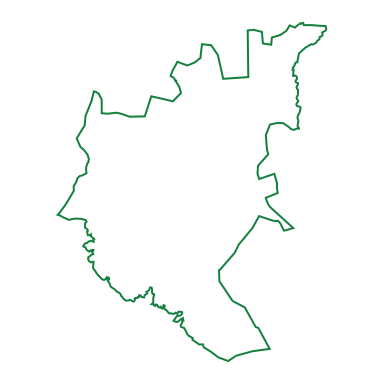 outline of Rano, Kano, Nigeria
{"feature_id": "59680162B88243538379460", "entity_name": "Rano", "entity_type": "district", "adm_level": 2, "iso_a3": "NGA", "parent_name": "Nigeria", "parent_adm1": "Kano", "projection": "natural_earth1", "projection_center": [8.548, 11.488], "detail": "fine", "context": "isolated", "style": "outline", "palette": "green", "viewbox_px": 384, "rotation_deg": 0, "n_neighbors": 0, "source": "geoboundaries", "source_scale": "gbopen_adm2", "svg_char_len": 5013}
<svg xmlns="http://www.w3.org/2000/svg" viewBox="0 0 384 384"><path d="M269.7,348.9L258.3,327.9L255.7,327.0L244.8,307.4L239.7,304.7L232.6,301.0L219.4,281.3L219.0,270.2L220.1,269.6L234.7,252.8L238.9,244.3L239.0,244.3L252.4,228.1L259.1,216.1L271.2,220.1L275.3,221.2L277.9,220.8L278.0,220.8L280.5,223.6L281.9,226.7L284.1,230.7L293.3,228.1L269.8,206.8L267.4,202.6L265.8,197.8L277.8,192.9L277.0,188.5L277.0,183.1L274.3,173.8L259.2,179.0L257.5,173.8L258.1,165.6L258.3,165.4L261.8,161.5L262.9,160.3L268.2,154.3L267.0,149.6L265.8,135.0L270.1,124.5L277.0,123.0L283.3,123.2L289.0,127.1L290.8,128.9L293.5,129.9L297.0,128.6L299.0,128.6L299.0,128.2L298.0,126.9L297.6,126.0L297.6,125.4L297.7,124.7L297.9,124.0L298.3,122.2L298.3,120.7L298.0,119.6L297.8,118.8L297.6,118.5L297.5,118.1L297.6,117.2L297.7,116.2L297.9,115.5L298.3,115.0L298.5,114.3L299.2,113.4L299.4,112.9L299.7,111.7L300.0,111.1L300.4,109.3L300.6,107.6L300.4,107.2L299.4,106.6L298.1,106.3L296.9,105.9L296.6,105.5L296.5,104.8L296.4,104.3L296.6,103.6L297.1,102.9L297.3,102.5L298.3,101.3L297.8,100.3L297.6,99.7L297.2,99.3L296.9,99.0L296.7,98.3L296.6,97.8L296.7,97.3L296.8,96.9L297.2,96.4L297.5,95.6L297.9,95.1L297.9,93.6L298.0,92.0L298.1,90.6L297.8,89.6L297.2,89.1L296.7,88.0L296.6,87.3L296.8,86.5L297.2,85.8L297.8,84.9L298.0,83.8L298.0,83.2L297.7,83.0L297.2,82.9L296.2,82.4L295.8,82.2L295.7,81.6L295.6,80.6L296.0,80.1L296.5,79.7L296.8,79.1L297.0,78.6L296.8,77.0L295.8,75.8L295.1,75.6L293.8,76.0L293.1,75.9L293.0,75.4L293.1,74.8L293.3,74.2L293.4,73.8L293.3,72.8L293.2,72.2L293.5,71.1L293.5,70.6L293.6,69.6L292.7,69.7L292.9,69.1L292.9,68.5L292.9,67.6L293.4,67.0L293.8,66.4L294.3,66.0L294.5,65.6L294.7,64.7L294.8,64.2L295.2,63.6L295.4,62.9L296.1,62.4L296.8,62.2L297.3,62.3L297.6,60.2L299.0,53.4L305.3,47.7L310.5,44.7L311.3,44.2L312.4,44.5L313.3,44.4L314.5,43.7L315.1,43.3L315.9,42.8L316.3,42.4L317.2,40.7L317.9,40.3L319.2,39.4L319.6,38.6L319.6,37.1L320.2,36.8L320.8,36.6L321.9,35.9L322.4,35.4L322.5,34.8L322.6,33.6L322.2,32.5L323.7,31.5L324.8,31.2L325.7,30.4L326.3,28.9L325.5,26.0L320.0,25.8L311.3,25.1L303.9,25.1L303.5,23.9L303.2,23.0L302.6,23.2L302.4,23.4L301.7,23.3L301.1,23.7L300.8,23.2L299.2,24.1L297.6,25.3L296.4,26.2L295.1,27.6L289.7,25.4L286.4,30.8L280.3,35.0L271.9,37.5L271.2,44.7L262.9,43.5L261.9,31.9L253.5,29.8L247.7,30.5L248.3,77.1L223.2,78.8L217.9,55.1L211.2,45.2L202.0,44.2L200.8,54.0L200.5,57.9L194.6,62.5L187.3,65.5L177.4,61.8L174.6,67.0L172.4,71.0L170.6,76.0L174.1,78.0L175.1,80.5L175.3,80.6L175.6,80.3L176.1,80.6L175.9,81.4L176.5,82.4L177.3,83.7L179.3,86.9L181.0,93.1L178.6,95.5L172.8,101.4L170.1,100.6L151.3,96.3L144.8,116.4L129.5,116.7L121.9,114.0L116.8,112.7L107.5,113.7L101.7,113.2L101.7,99.7L99.0,94.1L96.4,92.1L93.9,91.4L91.4,101.3L85.5,116.0L84.7,125.4L76.7,138.4L80.4,146.9L83.8,149.8L87.4,154.4L88.9,159.0L88.3,162.3L87.3,163.6L86.1,167.4L86.1,169.0L86.2,170.6L86.5,173.2L83.7,174.7L82.3,175.5L79.9,175.9L77.7,177.9L75.9,182.7L73.7,186.1L73.8,190.9L65.6,204.6L59.8,212.5L57.7,214.8L60.5,215.7L63.2,217.3L69.0,219.9L73.0,218.9L76.6,218.6L81.6,218.9L83.7,219.5L85.7,220.1L86.6,221.6L85.1,223.4L85.0,225.5L85.0,227.4L86.5,228.8L87.7,229.9L87.9,230.8L87.1,231.8L87.9,235.2L89.9,235.3L90.9,234.4L91.1,236.3L92.2,237.5L93.3,238.1L94.2,239.2L93.1,240.0L93.6,241.7L90.5,240.9L88.5,241.6L87.4,242.9L85.4,243.2L83.2,246.1L83.9,246.9L85.5,247.4L86.1,249.0L87.4,250.3L89.3,251.7L91.1,250.1L92.4,250.0L93.4,250.0L93.3,250.8L91.9,251.2L92.3,252.5L93.3,254.0L91.1,254.9L90.2,256.0L88.4,257.1L88.1,259.3L89.1,261.2L90.9,262.4L92.3,261.8L93.5,261.8L93.4,263.0L93.2,266.2L93.1,267.4L93.4,268.9L94.2,269.7L95.6,271.5L96.6,273.4L98.8,275.9L100.8,278.1L102.5,279.4L104.0,280.0L104.9,279.4L106.2,278.9L106.6,277.3L107.6,277.2L107.7,278.6L109.1,278.3L109.0,279.5L107.7,280.6L109.5,283.3L110.6,286.5L112.7,288.1L114.2,288.9L115.4,290.1L117.0,291.8L118.8,292.5L120.5,294.1L121.0,295.7L122.3,297.0L123.8,299.2L125.9,300.6L128.5,300.5L130.1,299.7L131.2,300.5L133.2,301.5L134.0,301.5L135.0,299.6L134.7,298.5L136.0,297.8L137.4,298.1L138.1,296.8L139.0,296.9L139.3,295.2L140.1,295.3L140.8,295.6L141.3,296.8L142.3,297.1L144.0,297.5L144.8,295.1L147.2,293.5L146.4,292.0L147.8,291.3L149.4,289.5L150.0,287.5L151.6,287.6L152.1,289.6L152.0,291.9L152.5,293.8L154.1,294.2L154.2,295.2L153.5,296.4L153.6,297.5L153.1,299.1L153.4,301.1L153.0,303.0L151.7,304.1L153.9,304.5L154.2,305.6L155.4,305.9L156.0,304.5L157.1,304.9L157.7,305.9L158.4,307.3L159.6,307.4L160.6,306.7L161.1,307.9L162.2,308.6L162.9,307.5L163.6,305.2L164.7,305.6L164.3,308.3L164.9,309.4L166.6,310.3L168.7,313.1L174.1,313.9L175.6,312.7L177.2,313.7L178.7,311.6L180.7,311.9L182.0,312.1L182.3,313.3L180.7,315.3L179.0,315.9L177.6,315.5L176.5,316.6L173.6,320.8L175.0,321.6L177.5,322.0L180.4,319.6L182.9,318.1L183.4,320.5L182.2,320.4L182.3,322.1L181.5,323.9L180.6,325.3L181.0,326.8L184.1,328.0L185.4,330.2L186.5,332.6L188.1,335.4L192.7,338.0L192.4,339.7L196.6,342.7L199.4,344.6L202.8,344.3L203.8,347.3L210.7,351.6L218.4,357.4L228.1,361.0L236.2,355.7L252.7,351.2L269.7,348.9Z" fill="none" stroke="#15803d" stroke-width="2"/></svg>